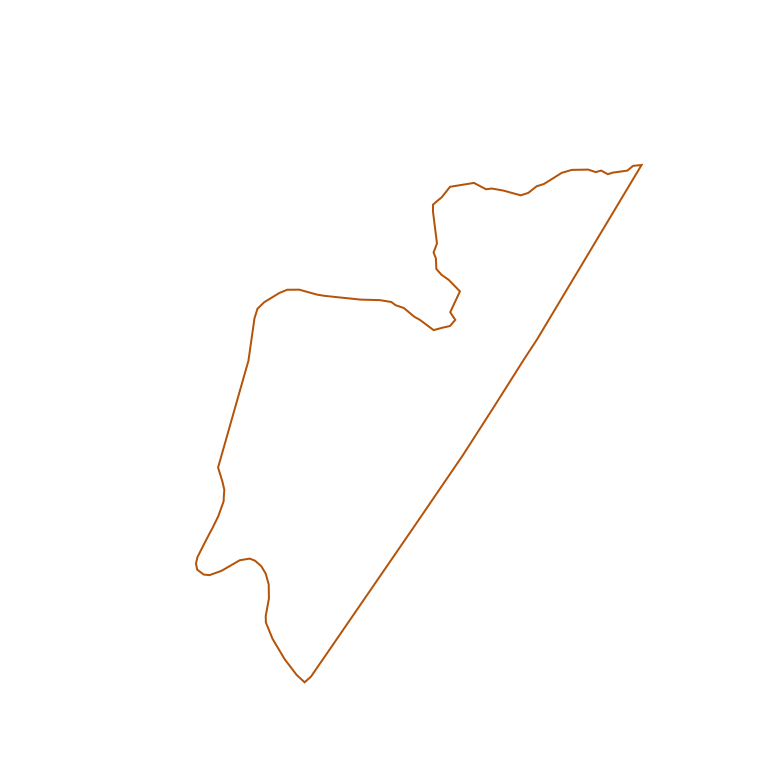 Duque Bacelar, Maranhão, Brazil, rotated 114°
{"feature_id": "56859067B60806377662282", "entity_name": "Duque Bacelar", "entity_type": "district", "adm_level": 2, "iso_a3": "BRA", "parent_name": "Brazil", "parent_adm1": "Maranhão", "projection": "mercator", "projection_center": [-43.029, -4.104], "detail": "fine", "context": "isolated", "style": "outline", "palette": "amber", "viewbox_px": 768, "rotation_deg": 114, "n_neighbors": 0, "source": "geoboundaries", "source_scale": "gbopen_adm2", "svg_char_len": 1229}
<svg xmlns="http://www.w3.org/2000/svg" viewBox="0 0 768 768"><g transform="rotate(114 384 384)"><path d="M79.2,237.8L83.4,245.2L90.1,248.5L97.8,260.9L101.3,264.9L100.7,272.4L104.3,276.8L105.1,284.7L112.0,299.5L118.8,307.5L136.3,319.3L141.3,325.0L150.7,329.9L156.0,335.8L157.3,344.0L158.7,353.5L161.6,365.1L164.6,370.0L163.7,383.6L177.0,403.9L189.9,407.2L195.2,409.9L200.3,412.2L206.7,409.3L234.0,392.8L243.7,392.2L248.1,387.7L257.6,383.0L260.8,376.0L262.6,367.1L268.5,352.3L291.5,352.7L296.4,345.0L304.2,347.3L308.8,353.5L314.6,360.6L310.8,377.4L310.3,383.4L306.5,396.8L307.3,405.4L306.1,410.7L309.1,422.0L316.5,439.9L327.6,474.0L329.6,481.6L332.3,499.8L337.3,510.8L343.5,516.7L358.0,526.7L366.8,530.2L376.8,529.0L417.9,517.3L437.7,514.5L527.8,501.6L538.9,491.9L545.7,486.8L551.3,484.8L556.4,482.8L572.2,481.6L585.1,482.1L590.5,482.5L603.7,483.3L618.1,484.0L624.6,482.7L629.6,479.1L631.4,471.2L629.6,465.7L620.8,456.5L603.7,444.1L598.1,435.6L597.9,429.9L600.4,421.9L605.4,414.9L614.0,407.8L626.7,401.9L644.0,397.7L649.9,394.9L662.2,382.1L675.9,362.7L685.3,345.5L688.8,335.2L681.1,331.7L504.8,299.0L417.1,283.0L362.9,274.7L304.2,266.1L280.8,262.3L168.8,248.7L79.2,237.8Z" fill="none" stroke="#b45309" stroke-width="2"/></g></svg>